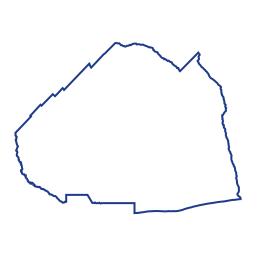 Coronel Dorrego, Buenos Aires, Argentina
{"feature_id": "61730980B45625196067006", "entity_name": "Coronel Dorrego", "entity_type": "district", "adm_level": 2, "iso_a3": "ARG", "parent_name": "Argentina", "parent_adm1": "Buenos Aires", "projection": "equal_earth", "projection_center": [-60.836, -38.64], "detail": "fine", "context": "isolated", "style": "outline", "palette": "blue", "viewbox_px": 256, "rotation_deg": 0, "n_neighbors": 0, "source": "geoboundaries", "source_scale": "gbopen_adm2", "svg_char_len": 5699}
<svg xmlns="http://www.w3.org/2000/svg" viewBox="0 0 256 256"><path d="M198.3,52.6L180.0,71.2L179.6,70.8L179.6,70.6L179.2,70.1L178.8,69.3L178.4,68.7L178.5,68.3L178.3,68.0L176.9,67.9L176.5,66.9L176.0,66.4L175.5,66.3L174.0,65.1L173.6,65.0L172.9,64.1L172.3,63.7L171.8,62.4L171.5,62.2L170.6,62.1L170.1,61.8L169.6,61.6L169.4,61.2L168.8,60.7L167.8,61.0L166.6,60.1L166.1,59.5L165.3,59.5L164.6,58.8L164.0,59.1L163.5,58.3L162.3,58.0L161.4,57.4L160.8,56.4L160.5,56.4L159.8,55.3L159.4,55.0L157.8,53.4L157.7,52.6L156.9,52.0L155.0,51.6L154.4,51.1L153.9,50.1L153.3,50.0L153.2,49.9L153.2,49.2L152.6,48.0L151.9,47.7L150.0,47.3L149.9,47.4L148.9,47.3L148.6,46.9L147.8,46.7L146.3,46.0L145.6,45.9L145.1,45.5L144.3,45.3L142.8,44.6L142.1,44.6L141.5,44.8L140.9,44.8L139.8,44.4L138.4,44.2L136.7,44.4L136.1,43.6L134.3,43.6L132.9,43.9L131.9,44.3L130.8,45.2L130.1,44.9L129.7,44.9L129.4,45.1L129.2,45.4L127.8,45.8L126.8,45.8L126.1,46.4L125.3,46.6L124.7,46.3L124.2,46.3L124.0,46.0L123.0,45.9L122.4,45.6L122.0,45.2L121.0,45.2L119.3,43.3L118.5,43.5L116.9,43.2L116.1,42.9L115.2,43.1L104.9,53.5L103.8,54.2L91.2,67.6L89.9,65.5L89.6,64.1L89.3,63.6L64.1,89.9L64.0,89.7L63.3,88.8L62.6,88.1L57.6,93.6L55.0,96.2L52.8,94.2L41.5,105.7L40.5,104.7L30.3,115.8L31.0,116.5L15.4,132.9L15.6,133.8L15.5,134.4L15.6,134.7L15.4,135.1L15.6,135.7L16.7,136.7L16.6,137.3L16.4,137.3L16.2,137.7L16.5,138.2L16.5,138.6L16.2,139.0L16.0,140.1L15.8,140.1L15.9,140.6L16.3,141.2L16.2,141.7L16.2,142.0L16.7,143.3L16.9,144.5L17.3,145.4L17.8,145.9L17.9,146.3L17.9,146.5L17.8,146.8L17.6,146.9L17.4,147.6L17.1,147.9L17.0,148.6L16.2,150.2L16.2,150.5L16.4,150.6L16.5,151.0L16.9,151.0L17.0,151.2L17.4,152.2L17.2,152.9L16.8,153.9L16.8,155.2L16.9,155.9L17.3,156.0L17.7,156.5L18.3,157.5L18.6,157.9L18.7,158.5L18.6,159.0L18.7,159.3L18.6,159.7L19.0,160.0L18.9,160.3L19.5,161.6L19.7,161.9L20.6,162.0L20.8,162.2L21.1,162.7L21.2,163.0L20.7,163.4L20.7,163.7L21.1,164.9L21.6,165.1L21.8,165.4L21.8,166.7L22.2,168.6L22.4,168.9L22.4,169.1L21.9,169.9L21.0,170.2L20.9,170.9L21.0,171.5L21.4,172.0L21.7,171.9L21.8,172.1L22.0,172.6L21.9,173.2L22.5,174.0L23.0,174.1L23.5,174.5L24.5,174.4L24.7,174.7L24.7,175.1L24.9,175.7L25.2,175.9L25.8,175.6L25.9,176.2L25.7,177.5L25.8,177.7L26.3,178.3L27.0,178.7L27.5,179.5L27.5,180.1L27.8,180.4L28.0,180.8L27.8,181.0L27.9,181.3L28.2,181.7L28.9,182.3L29.9,182.2L30.2,182.4L30.2,183.5L31.1,183.7L31.2,183.2L31.6,182.7L31.9,182.6L33.0,183.3L33.2,183.9L33.5,184.0L33.4,184.7L33.9,184.6L34.2,184.8L34.3,185.0L34.8,185.2L34.8,185.5L34.6,186.0L34.8,186.3L35.8,186.6L37.0,186.7L37.4,187.0L37.7,186.8L38.3,187.1L39.3,186.9L39.4,187.1L39.8,187.1L40.1,187.4L40.5,187.6L40.5,187.8L40.6,188.1L40.7,188.3L41.4,188.9L42.0,189.1L42.5,189.1L43.3,188.9L44.1,189.7L45.0,190.0L45.4,190.6L46.5,190.8L47.9,191.9L48.0,192.1L48.6,192.5L49.4,194.1L49.5,194.3L50.0,194.4L50.8,194.3L51.0,194.5L51.6,194.8L52.1,194.8L53.3,195.8L54.0,196.2L54.8,196.0L55.2,196.0L56.7,197.2L57.0,198.0L58.8,199.6L59.6,200.7L60.9,201.5L61.4,201.5L61.9,201.8L62.4,202.5L62.8,202.7L64.0,202.6L64.5,202.0L65.2,201.9L65.4,201.6L65.9,201.9L66.2,201.8L66.2,194.9L87.5,194.9L92.3,202.9L92.8,202.7L93.3,202.9L94.2,202.8L94.7,203.1L95.3,202.6L95.8,203.0L96.6,203.3L97.3,203.1L98.4,203.1L99.2,202.7L99.6,203.1L100.7,203.5L101.3,203.1L134.5,203.1L134.5,213.1L136.4,212.9L137.7,213.0L141.4,212.4L141.5,212.3L142.7,212.3L147.2,211.5L149.8,211.3L156.8,211.0L165.3,211.4L169.5,211.1L171.1,211.3L173.4,211.1L176.0,211.2L177.7,211.0L181.5,210.2L183.0,209.7L185.0,208.9L189.4,207.7L191.5,207.3L192.8,206.8L199.3,205.3L207.4,203.7L212.9,202.9L218.4,202.0L224.8,201.3L232.0,200.0L234.9,199.8L238.4,199.3L240.6,199.1L240.6,198.3L240.3,197.4L238.0,195.6L237.5,194.8L237.4,194.2L237.4,193.9L238.5,192.2L239.0,190.6L238.8,189.4L238.9,187.7L238.9,187.3L238.4,186.6L238.1,185.7L237.4,184.3L237.3,183.8L237.0,183.0L237.0,182.3L237.1,181.5L236.8,180.8L236.6,179.2L236.3,178.6L236.1,177.9L236.3,177.3L236.8,176.4L236.5,175.2L236.3,175.0L236.2,172.7L235.3,170.8L235.1,169.5L235.0,168.0L234.5,167.2L234.4,166.6L233.7,165.9L233.8,165.1L233.7,164.8L233.1,164.2L232.8,163.6L232.5,162.7L231.9,161.1L231.8,160.6L231.4,159.9L231.4,157.9L231.2,156.9L231.6,155.8L231.5,155.4L231.0,154.1L230.3,153.0L230.4,152.5L230.4,152.2L229.7,151.6L229.3,150.4L228.6,149.1L228.7,148.4L229.1,147.7L229.1,147.3L228.7,146.1L228.8,145.7L228.5,144.4L228.6,143.8L228.2,142.5L228.1,141.9L228.3,141.0L228.1,140.6L227.4,139.4L227.2,138.5L226.7,137.8L226.3,137.4L226.4,136.5L226.0,135.8L225.8,135.0L226.0,133.2L225.6,132.6L225.4,131.7L225.1,130.9L225.3,129.8L225.2,129.7L225.1,129.2L224.9,128.5L224.0,127.8L223.7,127.0L223.9,126.4L223.9,125.3L223.0,124.8L223.1,124.2L222.6,123.6L222.5,123.1L222.6,122.2L223.0,121.7L223.0,121.3L222.6,119.5L222.5,119.1L222.3,119.0L222.6,118.2L222.2,116.9L222.2,115.2L222.9,115.1L224.4,112.4L225.9,111.0L225.8,110.2L225.9,109.8L225.8,109.1L225.9,108.7L225.8,108.3L226.1,107.9L225.7,107.6L225.2,106.6L225.3,106.0L225.7,105.2L225.7,104.9L225.4,104.5L224.6,103.9L224.5,103.6L224.4,102.7L224.5,102.1L224.1,100.6L224.1,100.1L223.5,98.9L223.7,98.0L223.6,97.6L223.3,97.1L223.2,96.8L222.3,95.7L222.0,95.0L222.1,94.5L221.6,94.2L221.6,93.9L221.6,92.8L221.3,92.3L221.4,91.7L221.2,90.7L221.3,89.7L220.6,88.9L220.6,88.5L220.6,87.9L221.0,87.3L221.0,87.0L219.9,85.8L219.3,85.3L218.3,84.8L217.5,83.4L217.0,82.8L215.1,81.2L214.3,80.4L213.1,79.6L212.6,79.0L211.3,78.5L210.1,77.4L208.9,75.4L208.5,74.0L207.5,72.9L206.6,71.6L205.7,71.0L205.5,70.6L205.3,70.2L203.6,68.8L203.0,67.9L201.5,66.9L201.0,66.0L199.7,64.5L198.8,63.6L198.7,63.2L198.7,62.7L198.5,62.4L198.0,61.7L197.6,61.0L197.7,60.7L198.4,60.1L199.0,58.9L199.0,58.6L198.5,56.8L198.9,56.0L199.6,55.1L199.7,54.8L199.5,54.2L199.1,53.8L198.3,52.6Z" fill="none" stroke="#1e3a8a" stroke-width="2"/></svg>